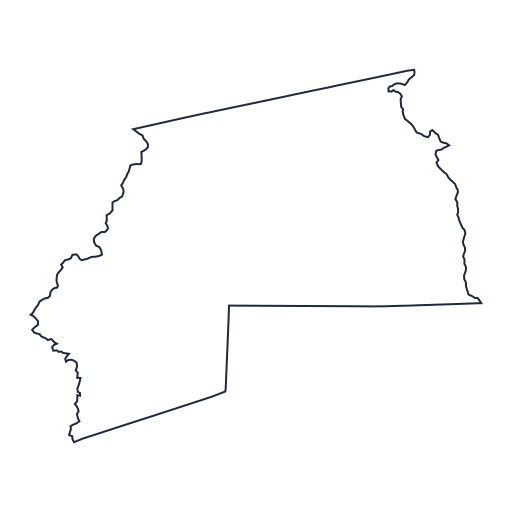 outline of Anagé, Bahia, Brazil
{"feature_id": "56859067B63305448171139", "entity_name": "Anagé", "entity_type": "district", "adm_level": 2, "iso_a3": "BRA", "parent_name": "Brazil", "parent_adm1": "Bahia", "projection": "orthographic", "projection_center": [-40.955, -14.609], "detail": "fine", "context": "isolated", "style": "outline", "palette": "slate", "viewbox_px": 512, "rotation_deg": 0, "n_neighbors": 0, "source": "geoboundaries", "source_scale": "gbopen_adm2", "svg_char_len": 3612}
<svg xmlns="http://www.w3.org/2000/svg" viewBox="0 0 512 512"><path d="M449.1,145.3L446.3,143.3L443.0,142.6L440.6,141.5L439.1,137.9L438.0,134.9L435.5,133.1L432.3,130.1L430.0,131.7L429.9,134.8L428.0,137.2L424.2,136.2L421.3,134.1L418.9,133.2L416.7,132.5L415.4,130.5L413.8,127.4L411.5,124.2L409.2,122.4L406.8,120.3L404.9,119.0L404.2,116.7L403.2,114.6L402.7,111.5L403.1,109.2L401.3,107.1L400.8,102.4L400.7,98.7L401.9,96.4L400.4,93.8L397.9,92.0L395.4,91.7L393.4,90.1L391.5,91.5L388.6,91.4L388.3,88.3L389.8,86.5L392.1,86.1L393.7,84.6L396.6,83.4L400.4,83.5L405.0,85.0L407.2,82.4L408.9,79.4L412.0,76.9L414.2,74.9L414.5,72.3L414.2,69.8L407.5,70.7L384.6,75.6L362.7,80.2L337.1,85.5L330.1,87.1L313.8,90.4L292.9,94.8L284.7,96.6L216.8,110.8L212.2,111.8L208.7,112.6L206.1,113.0L200.7,114.2L192.8,115.9L185.0,117.6L133.3,129.2L135.5,130.8L137.6,132.6L139.7,134.0L142.5,135.4L143.6,138.6L145.3,140.4L146.9,142.2L148.0,144.3L147.8,147.3L145.6,149.6L143.8,150.7L141.4,151.9L141.5,155.1L141.7,158.6L141.6,161.6L140.9,163.9L138.8,164.2L136.3,164.0L133.1,164.5L130.5,165.3L129.7,168.1L128.6,171.9L127.3,173.9L126.2,177.1L124.2,179.9L122.9,182.9L121.2,185.4L123.1,188.9L123.6,191.7L123.0,194.1L121.9,196.7L119.7,197.8L117.3,200.2L114.4,201.2L112.5,202.4L112.5,206.1L112.5,210.3L110.0,213.3L106.6,215.2L106.7,217.7L106.8,220.4L105.7,223.2L107.3,225.7L108.0,228.1L106.9,230.3L104.8,232.0L101.4,232.0L99.5,233.4L97.6,234.6L95.6,235.9L93.8,238.8L94.1,242.2L96.3,245.9L99.2,246.9L101.1,250.1L101.9,254.7L98.9,256.0L95.5,256.7L91.5,256.9L88.4,258.3L86.4,259.1L84.2,259.5L81.8,260.2L79.7,258.8L78.1,256.1L76.4,254.4L72.5,254.8L70.8,258.3L67.8,259.6L65.0,260.2L62.9,262.9L61.1,264.6L62.7,267.3L60.5,270.5L58.3,272.7L57.1,274.9L56.7,277.8L56.5,280.3L56.9,282.9L57.9,285.4L57.2,287.6L54.8,288.0L52.6,289.3L50.4,292.2L50.0,295.8L47.8,297.9L45.2,298.3L42.7,299.5L39.5,301.5L38.0,305.1L35.9,307.6L34.3,310.4L32.8,313.0L30.7,314.8L33.1,316.0L34.8,317.5L36.5,319.3L38.1,321.3L37.9,324.9L34.2,327.7L32.2,329.8L34.1,332.6L36.7,333.5L39.5,334.1L41.2,336.3L43.5,337.4L45.7,338.3L47.9,340.1L51.1,339.0L52.7,340.4L54.5,342.4L56.8,343.7L53.9,344.9L52.1,347.3L53.3,350.7L57.0,350.4L58.7,351.9L61.2,351.5L63.2,353.0L65.5,353.3L68.9,353.8L66.8,356.3L65.2,358.8L66.0,361.7L68.3,360.0L71.6,359.8L74.0,360.7L76.6,362.6L77.1,366.6L75.7,370.3L77.8,372.9L77.2,377.8L80.5,378.0L79.9,380.8L78.8,384.9L77.3,388.5L77.8,391.9L80.0,393.0L80.0,395.7L77.3,395.2L77.3,398.2L77.1,401.4L74.8,404.0L76.5,406.0L78.1,409.0L78.6,411.5L76.9,413.9L77.9,418.2L79.4,421.3L76.2,423.5L72.9,424.8L70.5,426.3L70.9,429.0L69.9,432.3L69.0,435.0L72.3,436.3L72.5,439.2L74.0,442.2L82.2,438.8L119.4,426.7L145.7,418.2L154.8,415.3L166.8,411.4L211.8,396.7L225.3,391.5L225.7,388.0L228.5,321.7L229.0,305.6L231.9,305.6L303.7,306.0L343.6,306.2L360.7,306.3L373.5,306.4L383.3,306.3L401.7,305.8L409.8,305.6L417.5,305.3L420.5,305.2L432.9,304.8L457.1,304.0L476.0,303.3L481.3,303.2L477.8,298.1L474.9,297.9L471.8,296.0L468.4,294.4L467.8,292.0L466.9,289.5L466.0,286.1L465.9,282.4L464.2,279.0L464.1,275.4L465.5,271.5L466.1,269.2L465.8,266.6L464.4,263.8L464.5,259.5L463.1,256.4L464.0,253.6L465.1,250.8L465.0,247.7L463.5,244.7L462.9,241.7L464.3,236.7L465.4,233.5L464.4,229.7L462.8,228.3L461.2,225.0L459.5,221.1L458.5,217.5L457.2,214.6L458.1,212.5L458.0,208.8L457.2,205.5L457.4,202.5L455.4,199.2L456.4,196.0L457.9,192.2L457.7,189.8L456.4,187.7L455.0,183.9L453.3,182.3L450.3,179.7L448.4,177.5L446.5,174.1L443.7,172.0L440.3,168.7L438.1,166.3L436.5,162.7L438.4,160.0L436.7,157.0L435.5,154.5L436.3,150.8L438.5,150.0L441.4,149.6L443.9,147.8L446.9,146.5L449.1,145.3Z" fill="none" stroke="#1e293b" stroke-width="2"/></svg>